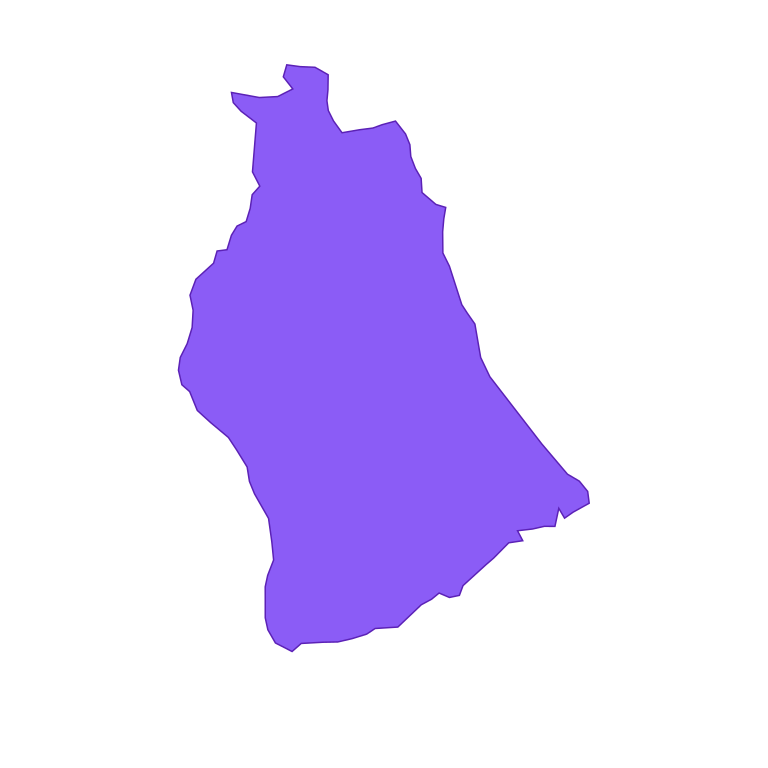 outline of Orobó, Pernambuco, Brazil, rotated 287°
{"feature_id": "56859067B28170275518336", "entity_name": "Orobó", "entity_type": "district", "adm_level": 2, "iso_a3": "BRA", "parent_name": "Brazil", "parent_adm1": "Pernambuco", "projection": "albers", "projection_center": [-35.592, -7.713], "detail": "fine", "context": "isolated", "style": "filled", "palette": "violet", "viewbox_px": 768, "rotation_deg": 287, "n_neighbors": 0, "source": "geoboundaries", "source_scale": "gbopen_adm2", "svg_char_len": 1431}
<svg xmlns="http://www.w3.org/2000/svg" viewBox="0 0 768 768"><g transform="rotate(287 384 384)"><path d="M304.1,213.2L296.4,229.5L287.4,250.8L277.9,262.3L264.6,277.4L251.5,283.8L241.1,292.3L221.7,312.9L200.2,322.9L183.4,329.9L167.0,328.7L155.3,329.7L141.4,334.0L125.7,338.8L115.0,344.8L104.6,355.9L101.3,374.3L111.7,380.7L119.3,401.4L123.8,415.2L131.2,428.0L139.8,440.6L147.6,447.0L155.6,468.3L183.8,484.2L192.2,492.5L200.2,497.8L199.0,509.0L203.9,517.9L214.3,518.5L241.1,534.4L249.5,539.7L268.6,549.7L274.7,562.5L282.7,554.6L288.8,568.5L294.8,579.0L297.8,589.1L316.2,587.5L308.5,595.9L316.7,602.3L330.0,615.1L340.8,610.2L348.2,599.2L351.4,585.8L372.9,552.3L414.1,494.1L421.9,483.1L437.6,468.7L467.9,453.4L476.3,442.7L482.6,435.2L515.8,412.1L526.5,402.0L546.7,395.6L559.4,392.9L570.9,391.4L570.9,381.1L578.2,364.4L591.5,359.4L599.3,351.0L609.4,343.1L620.4,338.8L629.4,331.5L638.8,318.1L631.5,306.5L625.5,298.5L620.0,286.3L612.0,270.4L620.8,258.8L629.2,250.8L638.2,246.6L648.9,244.4L663.4,240.2L666.7,225.4L663.0,211.1L660.8,197.7L648.3,197.9L639.5,210.5L627.8,198.3L621.5,181.0L618.2,152.9L609.0,157.6L603.0,167.7L596.3,185.7L548.4,196.2L536.9,207.4L526.5,202.6L512.8,204.7L499.0,204.7L492.1,197.3L481.6,194.6L466.5,194.6L462.4,185.5L449.7,185.7L429.2,173.5L412.2,172.5L398.7,179.9L381.9,184.0L365.1,184.0L349.8,181.4L337.1,183.4L324.2,190.9L319.9,200.4L304.1,213.2Z" fill="#8b5cf6" stroke="#5b21b6" stroke-width="1.5"/></g></svg>